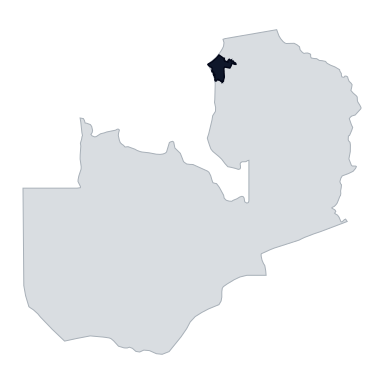 Nchelenge, Luapula, Zambia (highlighted)
{"feature_id": "96606910B37258058096160", "entity_name": "Nchelenge", "entity_type": "district", "adm_level": 2, "iso_a3": "ZMB", "parent_name": "Zambia", "parent_adm1": "Luapula", "projection": "robinson", "projection_center": [28.93, -9.367], "detail": "fine", "context": "in_parent", "style": "filled", "palette": "ink", "viewbox_px": 384, "rotation_deg": 0, "n_neighbors": 0, "source": "geoboundaries", "source_scale": "gbopen_adm2", "svg_char_len": 6704}
<svg xmlns="http://www.w3.org/2000/svg" viewBox="0 0 384 384"><path d="M266.1,275.3L246.9,275.3L239.9,277.0L234.2,279.7L227.4,283.8L223.4,286.6L222.3,288.2L221.8,291.7L221.8,297.1L221.1,301.0L219.0,304.6L208.6,308.9L201.9,312.4L195.2,316.6L190.2,322.0L186.7,328.6L181.0,336.9L169.1,351.6L162.2,354.3L156.4,353.7L149.4,350.6L143.8,350.1L139.7,352.0L135.9,351.4L132.4,348.3L129.4,347.2L127.1,348.0L124.1,347.9L118.5,346.2L113.7,340.9L111.1,338.7L109.1,337.9L103.4,337.1L90.2,335.9L76.6,338.5L64.6,341.1L52.3,329.4L40.4,317.0L37.9,313.9L33.4,309.8L30.2,307.7L28.9,306.7L25.6,295.7L23.8,285.6L23.0,188.2L76.9,188.2L80.4,187.7L80.5,186.7L78.0,181.5L78.1,179.7L78.8,176.1L81.1,169.1L81.2,166.7L80.1,159.0L80.2,154.8L80.8,146.1L80.4,143.2L81.6,139.3L82.0,136.7L82.5,135.6L81.9,132.6L80.8,122.3L80.1,118.0L83.4,118.6L84.5,120.7L85.1,123.0L86.6,123.2L90.4,124.6L91.7,126.5L92.6,130.6L92.1,132.7L90.9,134.4L92.1,135.9L94.7,136.9L96.2,136.6L100.5,133.8L104.5,132.8L106.6,132.0L115.5,130.2L117.2,129.2L118.5,129.2L119.4,130.0L118.6,132.9L118.3,135.5L119.4,140.4L120.3,142.7L122.1,144.4L123.5,145.3L125.0,147.0L128.1,146.7L134.9,149.2L137.0,150.4L139.9,151.5L141.9,152.0L149.0,152.8L156.4,154.2L160.2,154.4L163.0,154.0L164.9,153.3L166.1,152.5L166.6,151.8L169.4,142.5L170.8,141.8L172.6,141.3L173.7,142.1L174.9,148.0L180.3,153.3L182.1,157.8L183.5,161.6L184.7,162.6L186.7,164.0L190.0,164.4L192.9,164.5L207.3,171.0L208.9,172.2L210.7,175.7L211.8,179.6L212.9,182.7L214.8,183.3L216.5,183.6L218.1,185.7L219.4,187.5L223.6,195.2L224.2,198.2L226.3,200.3L229.1,201.1L231.7,201.3L233.2,200.3L236.9,198.8L239.8,197.0L241.9,196.3L243.2,196.7L244.1,198.0L244.7,201.8L246.8,203.1L248.3,202.6L248.9,201.1L248.9,200.3L248.9,160.3L247.6,160.6L245.9,161.7L242.1,161.8L240.6,162.7L240.1,164.0L240.4,165.6L240.5,167.9L239.9,169.0L238.3,169.4L235.8,168.5L231.4,167.4L227.8,166.7L225.1,163.7L221.6,159.1L219.2,156.8L213.6,152.1L212.6,151.2L210.9,149.0L209.5,145.2L208.1,140.9L207.3,138.1L208.7,133.9L212.0,120.0L212.7,115.7L215.5,111.3L215.6,107.4L214.5,102.3L214.8,99.5L215.2,83.7L214.4,78.6L212.6,73.1L208.5,65.3L208.5,63.7L214.8,58.6L216.7,56.7L219.9,52.7L222.1,49.2L223.5,46.4L224.0,42.7L223.0,39.3L225.1,38.6L276.7,29.7L277.5,32.0L279.0,36.0L280.8,38.9L283.0,41.5L284.9,43.0L286.2,43.5L294.1,43.3L297.0,44.8L299.5,46.8L300.1,49.8L301.7,51.7L303.5,53.2L304.2,53.4L305.5,53.1L307.7,53.0L309.6,53.7L310.6,54.3L310.7,56.9L311.3,58.0L314.0,58.5L316.7,58.7L319.3,60.4L322.2,60.7L325.5,61.4L327.1,63.3L330.6,65.2L334.9,66.9L339.6,69.7L339.7,70.6L340.5,72.2L341.3,73.4L341.4,75.2L341.8,76.8L343.0,77.2L344.0,77.3L344.9,76.1L346.2,76.1L347.6,76.9L348.1,78.8L349.1,81.3L350.9,83.0L352.1,84.7L351.6,87.7L350.9,90.5L353.3,93.2L356.3,95.8L357.2,97.0L357.4,100.8L357.9,102.1L359.9,105.3L361.0,107.5L360.9,108.7L355.2,115.0L351.8,116.0L350.2,117.3L349.3,118.7L351.5,125.0L352.7,127.4L351.7,130.4L349.5,135.5L348.4,136.0L348.2,139.8L348.9,141.2L350.0,142.3L350.4,145.0L350.3,151.5L348.9,158.9L351.4,165.3L352.3,166.0L355.8,166.1L356.4,166.6L355.5,168.5L353.1,171.3L348.6,173.5L342.2,175.9L340.8,178.3L339.9,181.7L340.6,183.7L341.5,184.8L341.2,187.8L340.6,190.9L340.8,193.4L340.5,195.5L339.7,196.6L338.5,199.9L337.1,203.2L336.0,204.7L334.4,206.3L331.9,207.6L331.9,208.2L334.8,209.8L335.5,210.8L335.8,211.5L334.6,213.2L335.9,214.2L337.5,215.1L339.1,217.3L340.8,221.4L341.1,221.8L341.6,221.9L342.6,221.4L344.3,219.7L345.6,219.1L347.2,221.5L320.3,231.7L314.0,233.8L304.6,237.4L301.6,238.8L299.1,240.1L274.2,248.1L270.2,249.7L261.4,253.7L261.1,254.4L261.2,256.3L262.0,260.1L263.5,263.6L264.8,265.6L265.7,270.7L266.1,275.3Z" fill="#d9dde1" stroke="#a8b0b8" stroke-width="1"/><path d="M219.0,55.0L218.7,55.4L217.4,57.0L217.1,57.3L216.9,57.6L216.3,58.2L215.5,58.9L213.9,60.3L213.1,61.0L212.0,61.9L211.4,62.2L211.0,62.5L210.3,62.9L209.9,63.2L209.5,63.4L208.7,63.8L208.3,64.0L208.1,64.2L207.9,64.4L207.9,64.6L208.2,65.0L208.3,65.1L208.5,65.3L209.0,65.8L209.5,66.1L209.9,66.5L211.0,67.2L211.4,67.5L211.5,67.5L211.8,67.7L212.1,68.0L212.1,68.3L212.2,68.6L212.1,68.9L212.1,69.1L212.1,69.7L212.0,69.9L212.0,70.1L211.9,70.4L211.8,70.7L211.8,71.0L212.0,71.0L212.4,71.2L212.5,71.3L212.5,71.5L212.4,71.7L212.4,72.0L212.5,72.0L212.8,71.9L213.0,71.9L213.4,72.0L213.5,72.3L213.6,72.5L213.5,73.0L213.5,74.1L213.5,74.4L213.6,74.6L213.8,74.8L214.0,74.7L214.4,74.4L214.6,74.2L214.8,74.3L214.9,74.5L214.7,74.8L214.3,74.9L214.2,74.9L214.0,75.0L213.8,75.1L213.8,75.3L214.0,75.3L214.3,75.5L214.6,75.6L214.7,75.8L214.7,76.1L214.5,76.8L214.8,77.2L214.8,77.5L215.0,78.1L215.0,78.6L215.0,78.8L215.1,79.0L215.2,79.3L215.2,79.5L214.9,79.7L214.9,79.8L215.1,80.4L215.2,80.5L215.3,80.6L215.4,80.8L215.5,81.0L215.8,81.0L216.0,81.0L216.2,80.9L216.6,80.7L216.8,80.4L217.0,80.1L217.4,79.6L217.5,79.6L217.8,79.5L218.0,79.5L218.1,79.4L218.2,79.5L218.4,79.6L218.5,79.8L218.6,80.0L218.8,79.9L219.0,79.9L219.0,80.0L219.3,80.0L219.5,80.1L219.7,80.3L219.8,80.4L219.9,80.5L220.0,80.5L220.3,80.7L220.5,80.7L220.6,80.9L220.7,81.1L220.8,81.2L220.9,81.3L221.0,81.3L221.3,81.4L221.5,81.5L221.8,81.7L222.0,81.8L222.1,81.7L222.1,81.8L222.2,81.7L222.2,81.8L222.3,81.7L222.4,81.8L222.4,81.7L222.4,81.8L222.5,81.7L222.8,81.4L222.8,81.5L223.0,81.5L223.3,81.3L223.2,81.1L223.3,81.0L223.4,80.6L223.5,80.3L223.6,79.9L223.6,79.5L223.7,79.2L224.0,78.3L224.1,77.8L224.2,77.6L224.2,77.2L224.2,76.8L224.3,76.1L224.2,75.6L224.1,75.1L224.1,74.7L224.1,74.3L224.1,74.1L224.1,73.8L224.0,73.6L224.0,73.3L223.9,72.9L224.0,72.2L224.0,71.7L223.9,71.2L223.9,70.6L223.9,70.1L223.8,69.5L223.8,68.8L223.8,68.5L223.9,68.2L224.2,67.8L224.5,67.3L224.7,67.0L226.8,67.4L229.8,68.0L230.7,66.5L231.3,65.2L231.8,63.3L234.8,64.3L235.9,64.3L235.9,64.2L235.6,63.9L235.5,63.7L235.7,63.4L235.5,63.1L235.4,63.0L235.2,63.1L235.1,63.3L234.9,63.5L234.7,63.5L234.7,63.2L234.6,62.9L234.5,62.6L234.4,62.6L234.2,62.8L234.1,62.7L233.9,62.5L233.8,62.3L233.8,62.2L233.7,61.9L233.5,61.7L233.4,61.6L233.3,61.4L233.3,61.2L233.2,61.1L232.8,60.9L232.7,60.9L232.4,61.0L232.1,61.1L231.9,61.2L231.7,61.1L231.4,61.0L231.4,60.9L231.2,60.8L231.0,60.7L231.1,60.4L230.9,60.5L230.8,60.4L230.9,60.2L230.7,60.3L230.6,60.2L230.4,60.1L230.4,60.3L230.5,60.4L230.4,60.4L230.2,60.3L230.2,60.2L229.9,60.0L229.7,59.8L229.7,59.7L229.4,59.5L229.3,59.4L229.2,59.5L229.1,59.4L228.6,59.9L228.5,60.1L228.4,60.1L228.2,60.3L228.2,60.5L228.0,60.8L227.9,61.0L227.9,61.3L227.8,61.2L227.7,61.3L227.6,61.5L227.5,61.8L227.4,61.9L227.4,62.0L227.2,61.9L226.9,61.7L226.7,61.7L226.3,61.6L226.2,61.5L225.8,61.3L225.7,61.2L225.5,61.3L225.4,61.3L225.2,61.2L225.1,61.3L224.8,61.3L224.7,61.2L224.6,60.9L224.6,60.7L224.4,60.4L224.5,60.2L224.4,60.0L224.5,59.9L224.4,59.7L224.3,59.3L224.3,59.2L224.3,58.9L224.2,59.0L224.2,58.9L224.2,58.7L219.0,55.0Z" fill="#0f172a" stroke="#020617" stroke-width="1.5"/></svg>